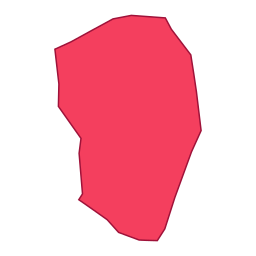 San Andrés Lagunas, Oaxaca, Mexico
{"feature_id": "50627088B92611149671356", "entity_name": "San Andrés Lagunas", "entity_type": "district", "adm_level": 2, "iso_a3": "MEX", "parent_name": "Mexico", "parent_adm1": "Oaxaca", "projection": "natural_earth1", "projection_center": [-97.531, 17.586], "detail": "fine", "context": "isolated", "style": "filled", "palette": "rose", "viewbox_px": 256, "rotation_deg": 0, "n_neighbors": 0, "source": "geoboundaries", "source_scale": "gbopen_adm2", "svg_char_len": 469}
<svg xmlns="http://www.w3.org/2000/svg" viewBox="0 0 256 256"><path d="M190.8,54.9L171.3,29.2L165.3,17.9L131.3,15.4L113.0,18.9L91.1,30.8L70.9,41.9L54.9,49.2L58.9,84.0L58.4,106.4L81.0,138.4L79.1,153.3L82.5,193.9L78.8,199.7L81.1,201.3L92.4,209.2L107.2,219.7L116.9,230.5L118.6,232.4L128.0,235.9L139.1,240.0L146.1,240.3L157.3,240.6L164.8,228.9L174.8,197.6L191.5,151.8L201.1,130.6L196.4,91.6L193.9,74.7L190.8,54.9Z" fill="#f43f5e" stroke="#9f1239" stroke-width="1.5"/></svg>